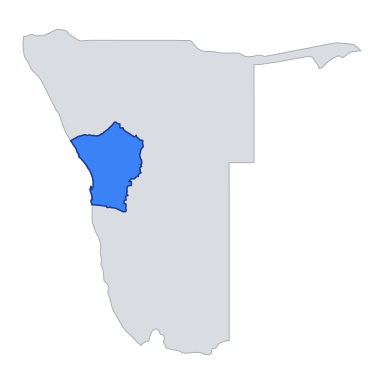 where Erongo sits in Namibia
{"feature_id": "NAM-3348", "entity_name": "Erongo", "entity_type": "Region", "adm_level": 1, "iso_a3": "NAM", "parent_name": "Namibia", "parent_adm1": "", "projection": "mercator", "projection_center": [15.284, -22.15], "detail": "fine", "context": "in_parent", "style": "filled", "palette": "blue", "viewbox_px": 384, "rotation_deg": 0, "n_neighbors": 0, "source": "natural_earth", "source_scale": "10m", "svg_char_len": 6849}
<svg xmlns="http://www.w3.org/2000/svg" viewBox="0 0 384 384"><path d="M314.1,46.9L319.4,45.9L324.5,44.8L330.5,43.8L335.2,43.0L336.4,42.8L347.8,43.7L352.8,44.4L354.5,45.0L356.8,46.8L361.0,50.9L359.9,50.8L352.2,51.7L349.3,52.8L342.8,57.7L341.4,57.1L339.8,56.1L338.5,55.8L335.6,57.0L332.8,58.4L329.6,60.4L327.0,62.4L326.1,63.4L322.1,67.5L320.7,68.2L319.5,68.4L319.1,68.3L318.6,66.5L316.1,62.4L312.0,57.1L310.9,56.6L310.1,56.3L307.1,56.6L298.4,58.1L291.1,59.4L279.9,61.6L267.9,63.3L260.5,64.4L254.0,64.7L254.0,70.0L254.0,80.8L254.0,91.6L254.1,102.4L254.1,113.2L254.1,124.1L254.1,135.0L254.1,145.9L254.1,156.8L254.1,161.6L253.9,162.6L250.2,162.6L241.9,162.6L234.8,162.6L229.1,162.6L229.1,169.2L229.1,176.9L229.1,184.7L229.2,192.4L229.2,200.2L229.2,208.0L229.2,215.9L229.2,223.7L229.2,231.5L229.2,237.5L229.2,238.2L229.2,249.7L229.2,262.0L229.2,274.4L229.2,286.8L229.2,299.2L229.2,311.7L229.2,324.2L229.2,336.8L229.2,340.8L226.6,340.7L221.5,342.3L218.2,344.3L216.8,346.8L214.9,348.3L212.5,348.8L211.5,350.1L211.8,352.1L210.9,353.6L208.8,354.7L205.4,354.4L200.7,352.7L194.7,352.3L187.5,353.2L182.3,352.8L179.2,351.0L175.8,350.1L172.3,349.8L170.2,349.1L166.0,347.8L165.2,345.6L164.7,344.0L163.5,342.2L163.4,340.8L164.3,339.7L164.4,338.0L163.8,335.6L162.6,334.5L160.9,334.5L159.9,333.6L159.5,331.8L158.5,330.3L156.2,328.9L153.1,330.0L151.7,331.6L150.8,334.2L150.1,335.5L149.7,337.7L149.5,339.2L148.7,340.8L147.9,341.5L147.0,341.2L145.5,341.8L142.0,344.2L141.0,345.5L138.2,343.2L130.0,334.6L127.1,332.3L122.8,327.0L113.4,310.7L112.1,307.6L110.3,299.7L108.2,293.9L108.0,290.6L109.0,288.7L108.3,286.1L107.3,283.8L104.1,280.8L103.2,270.8L101.0,264.4L101.5,259.0L100.4,254.2L100.3,251.1L100.8,245.2L99.1,238.5L95.6,231.9L92.4,222.4L92.0,218.3L92.3,207.1L91.7,202.6L91.7,197.3L90.5,191.8L90.0,188.8L90.9,186.4L91.4,187.2L92.3,187.5L92.9,184.4L93.0,181.6L91.5,174.8L87.9,167.8L79.2,156.4L77.1,152.1L75.9,148.5L66.2,133.6L62.0,123.1L59.2,114.1L56.0,109.9L41.4,80.7L38.2,76.1L32.4,70.6L31.0,68.7L28.8,63.5L24.4,56.4L23.3,49.8L23.0,42.4L23.6,36.7L27.6,36.1L30.3,34.6L32.8,34.5L35.3,35.7L37.9,35.8L39.0,35.6L43.7,35.7L46.4,34.4L49.6,33.0L51.4,31.8L54.0,30.6L57.5,29.3L59.4,29.4L61.8,29.9L65.0,30.4L66.8,31.2L69.0,33.9L72.3,36.3L74.7,37.7L77.5,39.6L78.4,40.3L79.6,40.7L80.3,40.9L85.6,40.6L90.3,40.3L95.3,40.3L104.9,40.3L114.4,40.3L124.0,40.4L133.5,40.4L143.1,40.4L152.6,40.4L162.2,40.4L171.7,40.4L175.7,40.4L182.5,40.5L189.7,40.6L190.5,40.8L191.3,41.3L191.9,41.8L194.4,45.1L197.7,48.6L200.4,50.2L203.6,51.2L206.6,51.6L209.5,51.3L214.1,51.8L220.7,52.9L227.5,53.2L234.5,52.8L239.5,53.4L242.4,55.1L245.3,56.3L248.3,56.9L252.4,56.5L257.5,55.2L261.8,55.4L263.9,56.3L265.1,56.4L272.6,55.0L278.6,53.9L287.7,52.1L295.2,50.6L306.3,48.5L314.1,46.9Z" fill="#d9dde1" stroke="#a8b0b8" stroke-width="1"/><path d="M92.0,204.6L91.1,202.2L90.8,200.9L90.8,200.7L91.0,200.4L91.6,199.3L91.9,199.0L91.9,199.6L92.0,199.8L92.2,199.7L92.2,199.1L92.2,198.1L91.7,194.9L91.5,193.9L91.0,193.2L90.7,192.5L90.4,191.6L90.2,190.6L90.2,188.9L90.2,188.6L90.3,188.3L90.6,187.8L90.7,187.6L90.7,186.5L90.8,186.4L91.0,186.5L90.9,186.7L91.0,186.9L91.1,187.2L91.2,187.3L91.0,187.8L91.0,188.4L91.2,188.7L91.7,188.4L91.7,188.7L91.4,189.5L91.8,189.2L92.3,188.1L92.7,187.9L92.9,187.6L93.1,187.0L93.3,185.7L93.1,181.0L92.6,177.4L92.0,176.5L91.8,175.3L90.9,173.4L90.4,171.8L89.6,170.1L89.4,169.9L87.8,168.0L87.3,167.1L87.2,166.5L87.2,166.3L83.3,161.2L81.5,159.4L81.3,159.0L79.2,157.1L78.7,156.8L78.7,156.5L78.8,156.3L78.9,156.1L79.0,155.5L79.1,155.3L79.0,154.9L78.9,154.7L76.9,151.7L76.5,150.0L75.7,148.0L73.2,144.6L71.6,142.0L70.6,140.8L72.2,139.8L73.1,139.5L73.3,139.4L73.5,139.2L73.8,138.8L73.9,138.7L74.1,138.6L75.0,138.4L75.3,138.3L75.5,138.3L75.7,138.2L75.8,138.0L75.9,137.8L76.0,137.7L76.5,137.6L77.0,137.2L77.5,136.8L79.4,136.1L80.5,136.1L80.9,136.0L81.5,135.6L81.9,135.5L82.4,135.3L83.1,135.3L83.3,135.3L83.5,135.2L83.8,135.0L84.0,134.9L84.7,134.7L84.9,134.7L85.1,134.7L86.7,135.4L86.8,135.5L87.0,135.5L87.3,135.5L88.6,135.0L89.2,134.9L90.3,135.0L90.5,135.1L91.1,135.5L91.4,135.6L92.0,135.5L92.6,135.5L93.0,135.4L93.4,135.4L93.6,135.4L94.5,135.8L96.1,135.8L96.8,135.9L97.0,135.9L97.4,135.8L97.6,135.8L98.1,135.8L98.3,135.7L99.0,135.4L99.4,135.3L99.6,135.3L99.8,135.2L100.2,134.8L100.4,134.6L100.9,134.3L101.6,133.8L101.7,133.7L101.8,133.7L102.3,133.7L102.6,133.7L102.8,133.5L102.9,133.3L103.0,133.1L103.3,133.0L103.4,132.9L103.6,132.8L103.7,132.7L103.8,132.3L103.9,132.2L104.0,132.2L104.4,132.0L104.6,131.9L104.8,131.6L106.1,130.5L106.7,130.2L107.9,129.5L108.0,129.4L108.1,129.0L108.4,128.7L111.9,125.4L112.1,125.3L113.5,123.4L114.1,122.7L114.2,122.4L114.5,122.1L116.3,122.3L116.5,122.5L116.8,123.0L117.2,123.3L117.7,123.5L118.8,123.9L119.9,124.1L119.8,127.0L120.0,127.6L121.3,128.0L121.5,128.0L122.6,127.8L122.8,127.8L123.0,127.9L123.1,128.1L123.4,129.4L123.7,129.7L125.7,131.5L130.6,134.3L132.1,135.7L133.3,136.2L134.4,136.8L134.7,136.9L134.8,136.8L135.0,136.7L136.1,135.5L136.2,135.4L136.3,135.5L136.5,136.5L136.7,136.9L137.0,137.2L137.6,137.8L138.0,138.1L138.4,138.3L138.6,138.4L139.4,139.3L139.5,139.4L139.7,139.8L139.8,140.0L140.0,140.1L140.3,140.1L142.7,140.4L142.7,142.0L142.5,142.8L143.2,146.2L143.1,146.9L142.1,147.9L141.2,149.3L140.9,149.6L140.8,149.8L140.7,150.2L140.4,152.3L139.7,155.3L140.6,158.4L140.7,159.0L140.8,159.5L141.1,159.6L141.3,159.8L141.7,160.5L141.8,160.9L141.7,161.2L141.6,161.5L141.5,162.0L141.8,162.5L141.8,162.9L141.6,163.6L141.5,164.4L141.3,164.7L141.1,164.8L140.8,164.8L140.6,164.8L140.6,165.1L141.4,166.3L141.5,166.5L141.4,166.6L140.9,166.9L140.6,167.2L139.7,167.8L139.6,168.0L139.6,168.3L140.3,169.9L140.3,170.1L140.1,170.4L140.0,170.6L140.0,170.8L140.0,171.1L140.2,171.4L141.0,172.7L140.0,173.2L138.8,174.0L138.5,174.5L138.4,174.9L138.4,176.1L138.3,176.4L138.0,176.5L137.6,176.5L137.3,176.4L137.0,176.4L136.7,176.5L136.4,176.7L135.6,177.5L135.2,178.0L134.5,178.6L134.1,178.8L133.8,179.0L133.5,179.0L132.0,178.5L131.6,178.5L131.3,178.8L129.3,180.8L128.9,181.4L128.9,181.5L129.1,181.6L130.9,181.5L131.2,181.6L131.3,181.6L131.4,181.9L131.4,182.1L131.4,184.9L131.3,185.2L131.2,185.5L129.5,185.6L129.2,185.6L128.7,185.7L128.3,186.0L127.7,186.3L127.4,186.7L127.2,187.1L126.9,189.5L127.0,189.8L127.0,190.0L127.1,190.6L127.2,191.2L127.2,191.4L127.1,191.7L126.7,193.1L126.6,193.3L126.6,193.6L126.7,193.9L127.9,195.2L127.9,195.4L127.8,195.6L127.5,195.7L125.5,196.4L126.1,199.7L126.1,199.8L126.1,200.0L125.8,200.1L124.9,200.3L124.7,200.3L124.5,200.5L124.4,200.8L123.7,202.4L123.6,202.6L123.6,202.9L123.8,203.0L124.0,203.1L125.9,204.0L126.1,204.2L126.1,204.4L126.1,204.7L125.8,208.6L125.9,208.8L126.2,209.9L126.2,210.1L126.0,211.1L125.5,211.6L123.4,211.8L116.2,208.5L113.3,207.7L113.0,207.7L112.4,207.8L109.9,207.3L108.1,207.5L107.5,207.5L107.3,207.4L107.0,207.3L106.9,207.3L106.8,207.2L106.7,207.0L106.0,206.0L92.0,204.6Z" fill="#3b82f6" stroke="#1e3a8a" stroke-width="1.5"/></svg>